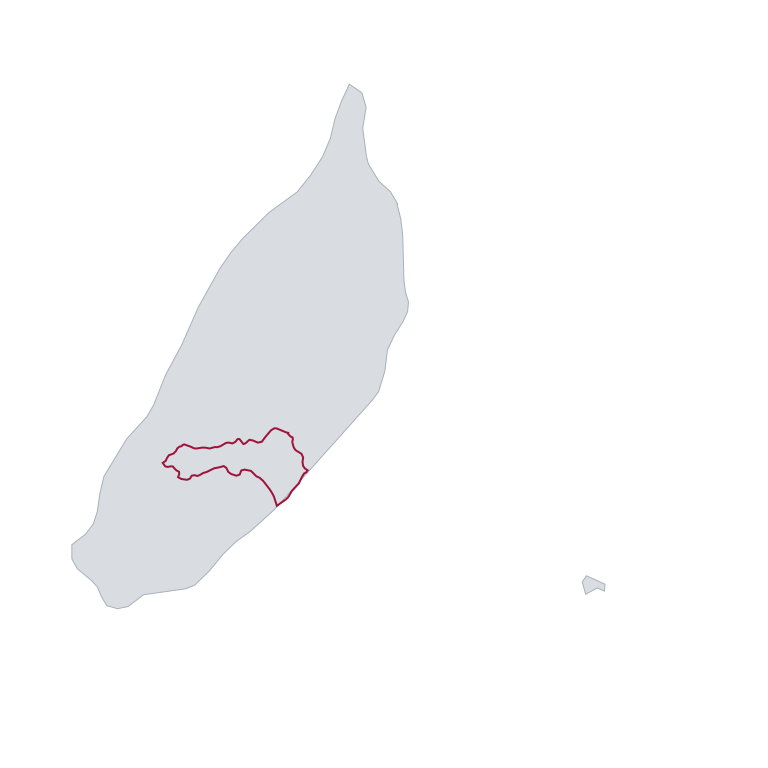 location of Taichung City within Taiwan, rotated 194°
{"feature_id": "TWN-1174", "entity_name": "Taichung City", "entity_type": "Special Municipality", "adm_level": 1, "iso_a3": "TWN", "parent_name": "Taiwan", "parent_adm1": "", "projection": "robinson", "projection_center": [120.974, 24.233], "detail": "fine", "context": "in_parent", "style": "outline", "palette": "rose", "viewbox_px": 768, "rotation_deg": 194, "n_neighbors": 0, "source": "natural_earth", "source_scale": "10m", "svg_char_len": 2233}
<svg xmlns="http://www.w3.org/2000/svg" viewBox="0 0 768 768"><g transform="rotate(194 384 384)"><path d="M514.7,549.3L505.7,569.0L498.5,589.9L495.5,609.6L495.7,630.0L493.6,648.3L490.1,666.5L475.9,661.2L468.3,648.2L466.5,626.9L456.3,601.1L452.4,593.7L437.7,579.3L424.3,572.2L413.9,561.5L415.2,562.4L407.6,548.1L401.8,532.8L389.8,489.5L385.7,479.0L380.1,469.5L378.6,460.0L380.5,449.5L385.7,433.8L388.9,418.0L386.3,396.5L387.4,375.2L391.3,365.8L459.7,236.1L478.2,208.5L489.6,195.0L499.1,179.7L508.2,160.4L519.3,142.7L527.2,137.2L566.3,121.4L578.5,106.2L588.2,101.5L599.3,101.8L606.5,109.0L612.9,117.6L619.6,122.2L636.9,130.6L644.5,138.7L648.0,152.6L637.4,165.9L632.2,177.8L631.3,191.0L633.2,208.8L633.4,226.7L620.3,268.7L606.2,294.8L602.4,307.9L598.1,340.2L589.8,372.7L582.7,413.8L571.2,456.2L564.6,473.9L556.4,490.9L536.8,523.0L514.7,549.3ZM137.5,228.8L143.8,240.0L141.1,246.9L121.1,243.2L120.0,236.4L127.6,237.7L137.5,228.8Z" fill="#d9dde1" stroke="#a8b0b8" stroke-width="1"/><path d="M437.3,281.8L437.6,281.4L438.0,279.5L439.9,277.9L441.1,274.1L442.6,266.9L447.7,257.5L449.3,251.7L451.1,248.5L458.5,239.9L463.6,248.2L466.2,251.1L469.6,254.3L477.9,260.8L482.0,262.9L485.6,263.6L492.0,267.5L498.7,267.2L501.6,265.5L502.1,261.2L505.1,259.3L510.6,259.7L513.9,261.1L516.6,264.4L519.6,265.6L524.5,262.9L528.3,261.2L534.7,255.8L537.9,253.9L540.4,251.4L542.8,249.6L545.7,249.7L548.4,248.5L549.4,245.2L551.5,243.7L551.9,243.4L557.7,242.8L559.3,243.3L561.3,243.8L560.9,247.1L561.7,249.3L564.4,249.9L566.9,251.4L568.9,252.9L571.1,252.5L573.7,251.2L576.4,251.2L579.6,253.9L577.1,256.8L576.8,259.2L575.5,262.8L571.4,265.6L569.7,268.5L569.0,271.5L567.3,273.7L565.4,274.7L564.8,275.9L563.2,277.1L555.8,276.3L553.2,275.7L550.7,275.9L544.5,278.5L541.1,279.1L537.7,279.2L532.8,281.9L530.4,282.4L527.6,284.1L523.2,288.5L520.5,289.6L516.8,289.6L514.2,291.9L512.8,295.1L510.9,295.6L505.9,291.7L504.2,292.8L501.1,297.3L497.7,297.5L492.2,296.6L488.6,298.4L486.6,303.3L482.4,311.8L479.7,314.5L477.3,314.9L467.4,313.4L465.1,313.4L465.1,312.5L462.1,310.5L459.7,310.0L459.0,308.0L459.0,305.7L457.9,303.4L456.1,300.5L453.8,298.4L447.2,296.3L444.7,293.2L444.2,288.7L442.7,285.0L440.5,283.0L437.3,281.8Z" fill="none" stroke="#9f1239" stroke-width="2"/></g></svg>